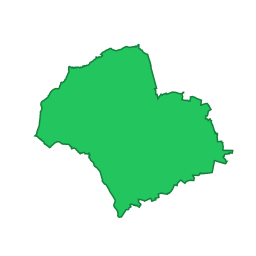 Guadalajara, Jalisco, Mexico (Albers equal-area conic projection), rotated 249°
{"feature_id": "50627088B82139506900234", "entity_name": "Guadalajara", "entity_type": "district", "adm_level": 2, "iso_a3": "MEX", "parent_name": "Mexico", "parent_adm1": "Jalisco", "projection": "albers", "projection_center": [-103.334, 20.678], "detail": "fine", "context": "isolated", "style": "filled", "palette": "green", "viewbox_px": 256, "rotation_deg": 249, "n_neighbors": 0, "source": "geoboundaries", "source_scale": "gbopen_adm2", "svg_char_len": 5790}
<svg xmlns="http://www.w3.org/2000/svg" viewBox="0 0 256 256"><g transform="rotate(249 128 128)"><path d="M180.7,54.9L179.0,55.0L177.5,54.8L176.2,54.1L175.4,53.3L174.6,52.1L174.2,51.8L173.0,51.7L171.9,50.9L170.6,50.3L169.2,49.7L164.2,47.0L162.7,46.4L161.7,45.7L157.8,42.3L156.5,41.3L154.8,40.3L154.0,38.3L152.6,40.5L151.6,40.6L151.1,40.8L149.4,42.0L148.9,41.9L148.6,42.2L148.6,42.8L148.2,43.0L147.7,42.8L147.2,43.1L146.1,43.7L145.8,43.9L145.6,44.2L145.3,44.4L144.9,44.5L143.8,44.2L143.0,44.3L142.8,44.6L142.6,45.0L142.2,45.5L141.4,45.6L140.0,46.6L137.8,47.8L137.8,48.1L138.1,48.7L138.0,49.0L138.7,49.8L138.9,50.6L140.4,54.7L140.5,57.2L139.6,59.1L137.5,60.3L136.3,61.4L135.8,63.0L135.0,64.1L134.5,65.8L134.0,66.6L133.5,67.1L131.6,67.6L130.7,68.5L130.0,68.3L129.8,67.9L129.1,67.9L128.7,68.1L129.0,68.6L128.7,69.8L128.3,70.8L127.3,71.9L126.9,71.8L126.6,71.8L125.5,72.2L124.3,72.9L123.7,72.8L123.3,73.0L123.0,73.4L121.2,74.1L121.6,74.5L121.7,74.9L121.6,75.2L121.2,75.5L121.0,75.8L121.2,76.0L121.2,77.7L120.2,78.5L119.2,78.7L119.0,79.9L118.2,80.9L118.4,82.6L116.3,81.8L116.3,82.5L115.6,82.1L115.1,81.7L114.7,81.0L114.4,80.9L113.5,81.5L111.3,81.6L107.9,83.4L105.2,83.0L104.3,83.1L101.9,84.8L97.6,86.2L97.0,86.3L88.7,85.6L88.0,85.1L87.6,85.0L87.1,85.1L86.0,85.5L84.2,85.9L83.4,87.0L82.7,87.3L77.4,88.2L75.9,88.2L75.0,88.3L69.8,89.5L65.6,90.1L64.9,90.1L63.9,89.6L61.9,87.7L60.8,87.1L59.9,86.9L58.9,87.1L54.6,88.4L51.3,87.9L50.9,87.8L49.9,87.1L49.4,87.1L48.6,87.2L48.2,87.5L47.9,87.8L47.6,89.6L47.3,90.0L52.5,97.1L52.1,97.8L51.7,99.3L53.1,100.5L53.3,102.4L53.4,102.5L54.1,102.6L54.8,102.3L55.2,102.3L55.7,102.4L55.8,102.5L55.9,102.8L55.5,104.2L53.5,106.1L53.9,106.7L52.4,107.6L52.4,108.2L52.7,108.7L50.8,109.5L50.0,110.1L50.7,110.9L50.9,111.3L51.3,111.4L51.4,112.1L51.8,112.5L52.5,112.6L54.3,111.6L55.7,111.5L56.0,111.5L57.0,112.6L57.4,112.4L56.9,113.6L56.9,114.0L55.9,115.0L54.5,117.0L53.8,117.3L54.3,123.8L53.5,123.9L53.2,124.2L51.8,124.4L51.7,123.9L51.1,124.0L51.1,128.3L52.5,128.1L52.3,131.2L52.2,132.0L54.0,132.4L55.4,132.5L55.3,134.7L55.3,136.2L54.8,136.3L52.1,140.9L52.2,141.6L52.7,141.8L52.9,142.3L52.8,142.7L52.4,143.0L52.8,144.1L53.6,145.8L55.1,147.8L57.3,150.0L58.3,150.8L56.7,153.3L57.6,153.7L58.8,154.6L60.5,158.6L56.0,161.3L57.0,163.2L57.2,164.6L57.1,166.2L56.5,168.2L55.4,170.6L57.6,171.9L58.1,172.0L58.9,171.8L59.8,171.3L60.7,171.4L60.3,172.6L58.6,176.4L58.5,176.8L58.5,177.2L58.8,177.8L59.3,178.7L60.0,179.0L59.8,179.6L59.7,180.1L59.2,180.0L58.8,181.6L58.6,181.5L57.3,186.1L56.3,190.6L58.2,191.8L66.6,197.1L59.8,206.0L60.0,206.3L59.9,206.8L61.0,207.7L61.4,208.4L61.8,207.4L63.5,207.7L66.2,206.5L67.2,206.5L67.2,207.8L67.8,207.8L68.8,209.1L67.6,213.3L68.5,213.6L68.1,213.8L68.4,214.0L67.2,216.3L69.5,217.7L73.1,208.7L73.4,208.7L76.8,210.3L77.3,210.3L79.0,210.6L80.5,211.2L81.0,210.2L82.1,210.6L83.1,206.7L88.2,208.1L88.7,208.3L88.7,208.6L90.5,209.4L90.6,208.6L91.3,208.9L91.7,207.5L92.1,207.8L92.5,207.8L92.5,208.0L92.8,208.0L92.8,207.5L93.6,207.5L95.7,207.7L100.7,208.0L100.8,207.7L103.4,207.9L103.7,207.7L104.9,208.5L105.1,208.1L105.6,208.0L107.1,207.9L107.1,207.5L106.2,205.6L107.2,205.6L107.7,205.5L107.7,205.3L108.0,205.1L108.9,203.7L110.8,204.9L111.3,204.9L110.9,206.0L111.0,206.5L111.8,207.1L115.0,209.1L115.1,210.2L115.3,210.8L115.5,212.1L119.9,211.3L119.8,211.5L122.4,210.8L122.9,209.4L123.3,204.2L127.6,206.5L131.3,202.3L132.3,201.8L133.0,201.0L133.8,199.8L134.2,199.6L134.6,197.4L133.6,197.2L131.6,195.7L131.0,195.5L131.3,194.3L131.9,194.0L132.5,193.5L132.9,192.6L133.0,191.7L135.1,188.5L137.5,190.2L139.0,190.4L140.2,190.4L140.6,191.0L140.9,191.8L141.0,192.6L141.4,192.7L141.5,192.1L141.3,191.4L140.5,190.1L141.0,189.5L142.6,187.1L144.2,185.3L145.3,182.7L145.6,182.6L145.6,176.0L146.8,176.0L146.8,172.3L146.4,171.9L147.7,171.0L144.6,166.4L147.8,167.1L147.9,166.6L149.1,167.0L149.4,165.9L153.3,167.4L154.8,166.6L155.2,166.8L154.8,168.9L162.1,169.6L177.2,171.2L177.5,171.3L177.5,171.6L178.5,171.7L178.5,171.8L181.4,172.2L185.4,172.3L189.6,172.7L190.0,172.4L190.5,171.6L191.1,170.9L191.7,170.6L192.9,169.5L193.3,169.3L194.6,169.2L195.6,169.0L196.6,167.9L197.7,167.5L198.5,166.8L198.7,166.7L201.6,167.9L201.9,168.0L202.1,167.8L201.6,166.4L200.8,165.2L201.0,164.3L201.6,164.4L201.7,164.1L201.3,163.8L201.4,163.3L201.8,162.8L202.7,158.1L204.5,155.9L204.6,155.6L204.6,154.1L204.3,151.4L203.8,149.9L204.2,147.6L204.3,145.0L204.4,144.6L206.7,141.5L208.0,140.9L208.4,140.6L208.7,139.7L208.6,138.9L208.3,137.6L208.4,135.9L207.7,132.9L207.7,131.3L206.4,128.9L205.0,130.1L204.7,130.1L204.1,128.7L204.0,128.2L204.1,127.7L204.5,127.1L204.2,126.8L204.8,126.1L204.8,125.6L204.5,125.1L204.7,124.7L204.6,124.3L205.4,124.1L205.7,123.8L205.7,123.6L205.2,123.4L204.4,123.3L203.9,122.0L204.0,121.8L204.0,121.3L202.9,118.7L202.8,116.5L202.4,115.7L201.9,115.3L201.4,114.7L201.0,114.0L201.0,113.5L201.0,112.8L201.3,112.1L201.2,109.1L201.7,109.4L201.9,108.2L201.8,107.6L201.1,106.9L201.1,106.0L201.7,105.7L201.7,105.2L201.4,104.9L201.5,104.5L201.8,104.1L202.3,103.9L202.7,103.2L202.9,102.2L202.8,101.6L202.9,101.4L203.4,101.3L203.5,101.1L203.2,100.7L203.5,100.4L203.6,100.2L203.2,99.8L203.3,99.3L203.7,99.2L203.9,99.0L203.5,98.5L203.5,98.3L204.2,98.2L204.7,97.8L204.5,97.2L204.6,96.7L205.4,96.4L205.8,95.8L206.3,95.5L206.4,95.1L206.1,94.5L204.5,93.9L203.9,93.6L203.5,93.3L201.9,93.2L201.4,92.8L200.7,91.9L199.2,90.6L198.8,90.1L198.4,89.8L197.5,88.6L196.9,88.6L196.1,87.8L195.8,87.3L195.9,86.8L195.4,86.2L194.8,85.7L194.3,84.9L193.9,83.2L194.5,82.2L194.1,81.3L192.8,80.9L192.2,79.8L190.6,78.6L190.0,78.1L189.7,77.6L189.6,77.2L189.7,76.9L189.8,76.2L190.4,75.4L190.7,74.5L190.7,73.8L190.6,72.0L190.1,70.3L189.5,69.4L189.2,68.5L187.4,66.7L186.8,65.7L186.7,65.2L186.1,65.0L185.4,64.3L184.1,60.0L183.7,57.6L183.2,56.7L182.6,55.9L180.7,54.9Z" fill="#22c55e" stroke="#15803d" stroke-width="1.5"/></g></svg>